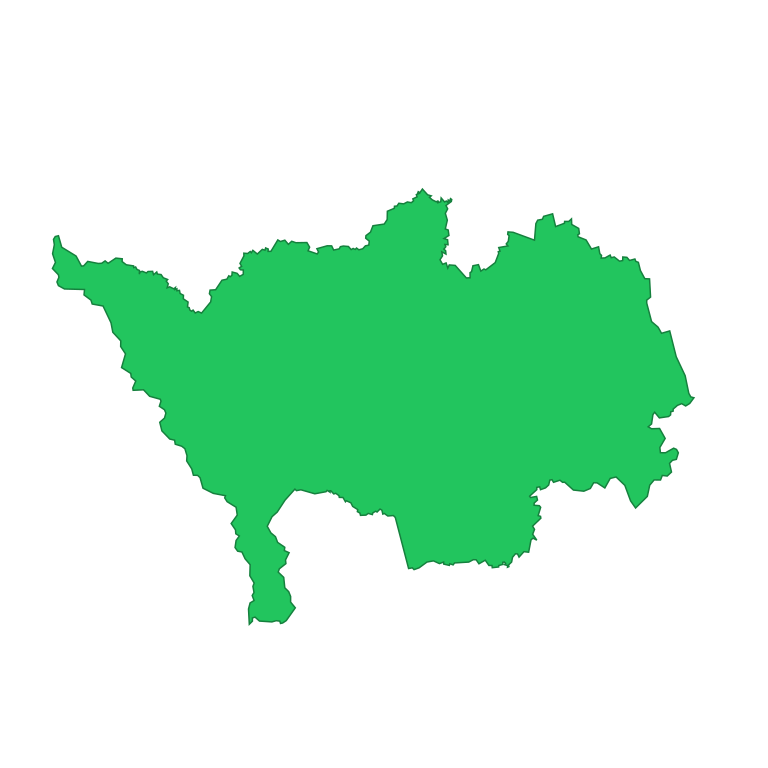 Huai Yot, Trang, Thailand (Albers equal-area conic projection), rotated 168°
{"feature_id": "78962969B54488452023810", "entity_name": "Huai Yot", "entity_type": "district", "adm_level": 2, "iso_a3": "THA", "parent_name": "Thailand", "parent_adm1": "Trang", "projection": "albers", "projection_center": [99.605, 7.79], "detail": "fine", "context": "isolated", "style": "filled", "palette": "green", "viewbox_px": 768, "rotation_deg": 168, "n_neighbors": 0, "source": "geoboundaries", "source_scale": "gbopen_adm2", "svg_char_len": 6150}
<svg xmlns="http://www.w3.org/2000/svg" viewBox="0 0 768 768"><g transform="rotate(168 384 384)"><path d="M110.4,255.5L111.5,259.2L114.0,261.0L123.0,258.2L127.9,259.3L127.4,264.5L120.3,272.3L123.7,283.2L131.6,284.6L134.5,287.2L130.6,289.3L127.3,298.2L125.1,300.1L121.7,293.6L112.4,293.0L110.1,294.2L109.3,297.2L106.9,297.3L106.3,299.4L101.4,302.1L96.9,302.9L93.5,299.8L89.0,301.4L83.7,306.1L86.6,307.6L87.8,311.5L87.7,329.5L92.5,349.9L93.5,376.5L102.0,375.9L104.1,382.6L109.3,389.4L110.2,408.5L109.6,411.4L105.2,413.6L102.4,431.6L107.0,432.8L109.6,441.7L109.9,450.1L112.2,451.6L112.6,454.1L118.1,453.8L120.1,457.4L124.0,458.6L124.9,455.1L128.1,455.2L132.4,460.4L135.5,460.3L136.0,463.1L141.6,461.4L145.4,462.0L144.5,464.6L145.8,466.6L145.6,473.6L153.0,472.9L156.4,482.9L163.6,487.7L163.4,489.7L161.6,490.3L161.2,495.7L167.2,501.0L166.3,506.5L169.5,504.6L173.5,505.5L174.1,503.7L183.4,502.3L183.7,515.4L193.0,514.8L194.8,512.2L199.6,512.3L202.1,509.3L206.9,493.4L226.1,505.5L231.1,507.0L231.9,504.6L230.8,503.1L232.8,497.7L235.3,495.6L234.1,493.3L243.4,493.6L242.9,489.8L244.7,489.7L244.7,487.8L250.0,479.6L260.7,474.5L262.3,475.7L265.8,474.3L266.8,481.1L272.4,481.2L275.0,475.7L276.7,475.0L277.7,470.0L281.4,470.6L289.7,485.2L295.4,486.9L297.5,484.1L298.1,489.5L301.8,488.9L303.4,493.9L300.1,497.2L300.0,501.3L296.4,498.2L296.0,501.5L297.4,503.5L295.0,505.4L295.4,507.8L292.4,506.9L291.8,511.9L295.1,513.8L289.6,515.8L289.2,521.3L291.8,522.9L288.0,531.1L288.5,538.2L285.3,542.1L286.3,545.7L280.2,548.5L279.4,550.4L280.4,551.5L281.8,549.2L282.9,550.6L283.7,548.4L285.0,550.0L286.9,549.5L289.4,554.1L290.6,550.5L294.4,550.0L292.8,550.7L293.2,551.8L295.1,551.4L298.5,554.1L300.7,557.1L298.7,558.2L302.0,560.0L305.9,566.7L309.1,563.7L310.5,565.0L311.4,563.6L310.5,563.0L313.0,562.5L312.7,560.2L317.3,559.1L317.0,557.0L319.6,555.7L323.3,557.2L327.3,556.1L331.9,557.7L334.3,555.4L336.8,555.7L337.4,553.7L344.8,552.3L346.7,544.2L350.5,540.4L361.9,541.1L365.7,535.3L370.8,532.9L371.6,530.4L368.7,526.8L370.0,523.0L373.5,523.0L376.7,520.7L380.7,520.5L382.6,522.7L384.2,521.6L386.0,523.0L388.2,522.3L390.2,525.9L395.1,527.4L398.1,527.4L399.7,525.5L405.4,525.5L406.5,530.0L410.8,531.0L421.5,530.3L420.6,526.7L422.3,525.1L430.6,530.1L428.3,533.3L430.0,538.4L440.8,540.5L444.6,542.8L448.5,540.5L451.1,545.3L455.7,544.9L457.9,547.0L467.0,537.3L469.8,537.8L469.2,540.1L471.5,541.7L472.6,539.6L475.0,541.0L480.9,537.5L484.5,542.0L486.5,540.0L487.3,541.4L490.2,540.0L493.9,541.1L494.4,538.4L499.8,531.9L498.8,528.7L501.6,527.6L500.7,525.6L497.9,524.7L498.9,520.5L502.8,519.3L504.7,522.8L509.2,525.1L510.2,521.9L512.1,520.9L513.3,522.1L515.9,519.2L520.9,519.2L529.1,511.2L534.6,512.0L536.0,508.6L534.5,505.3L536.5,500.3L547.7,491.3L550.7,493.5L553.9,492.7L555.4,496.0L557.1,495.2L558.5,496.7L558.7,499.2L560.2,500.2L558.6,504.9L562.6,509.1L561.7,512.5L564.6,514.9L564.6,518.1L567.2,518.3L566.8,520.2L568.8,519.9L568.0,521.7L569.8,520.8L573.4,523.6L576.1,523.2L574.2,526.9L575.6,529.9L573.9,531.2L577.8,533.8L579.3,537.4L582.8,538.6L583.0,540.8L586.7,538.8L586.9,542.3L591.5,543.1L593.3,542.0L597.0,544.5L599.3,544.3L600.5,542.3L599.6,545.9L601.8,547.4L602.6,550.1L604.6,549.9L604.4,551.6L611.3,554.2L614.7,558.2L614.0,560.9L620.1,562.9L628.8,559.4L631.2,562.4L635.0,560.8L638.4,561.3L648.3,565.5L653.2,562.0L655.4,562.2L658.6,573.2L670.8,584.8L671.6,596.7L674.9,596.6L677.2,594.2L677.5,588.8L681.1,580.3L680.1,571.2L684.3,565.9L679.8,558.6L679.8,556.0L682.7,551.8L682.0,547.9L676.8,543.4L657.3,538.7L658.9,533.5L653.2,527.0L652.8,522.9L642.6,518.7L638.3,500.7L638.5,491.0L632.5,480.9L633.8,475.4L630.6,467.2L637.3,454.6L629.5,447.0L629.8,443.4L626.2,438.5L630.6,432.3L630.7,430.0L620.4,428.3L615.8,420.7L606.0,415.6L605.7,413.6L608.4,408.9L604.1,404.5L603.4,400.9L605.8,396.3L611.3,393.2L611.0,384.3L605.0,374.7L600.5,372.6L600.7,368.5L594.8,365.2L592.2,362.1L591.6,354.8L593.0,349.8L589.7,340.9L589.4,334.4L585.3,333.4L583.4,330.6L582.7,319.7L573.7,312.5L562.3,307.7L563.5,305.7L561.9,301.5L554.3,294.2L554.8,286.3L562.5,279.3L559.6,272.2L560.1,268.3L557.1,265.4L561.2,261.7L563.7,255.0L561.9,250.9L557.9,249.2L556.2,241.9L552.5,235.1L555.1,224.3L552.4,216.3L554.3,213.3L554.5,207.1L556.9,204.5L556.1,199.2L560.5,197.7L563.3,192.1L565.7,177.0L562.0,179.4L561.4,182.5L558.6,182.8L555.1,178.0L543.1,174.6L538.7,174.9L535.2,173.7L535.0,171.3L532.8,171.3L528.8,172.9L517.3,183.5L520.7,190.1L519.5,195.6L520.4,200.7L523.4,205.3L522.3,215.7L526.6,222.0L524.8,225.0L517.3,228.7L516.9,232.4L511.9,238.7L516.1,241.8L515.0,244.9L521.0,251.2L521.9,257.2L525.6,261.9L527.8,269.1L521.1,277.5L515.1,280.9L504.9,291.0L493.0,299.7L491.8,297.9L487.3,297.8L474.5,291.0L463.1,290.7L461.8,291.8L459.4,289.5L459.5,290.8L458.3,290.7L456.0,286.9L453.9,287.1L451.3,284.2L451.3,282.4L447.7,281.5L446.2,276.8L445.1,277.6L441.1,274.7L440.1,270.8L435.8,266.6L436.6,264.7L434.4,262.8L434.3,260.4L428.9,259.5L426.4,260.7L422.5,258.7L421.8,260.2L418.7,261.3L417.4,260.2L413.9,262.5L412.3,261.0L412.2,257.0L410.6,257.3L407.7,254.1L402.2,253.4L400.7,251.1L398.3,198.4L394.5,198.3L393.2,196.2L387.9,196.9L379.0,200.9L372.4,200.7L367.1,196.8L362.7,197.4L363.0,195.4L357.8,193.0L357.0,194.5L354.0,192.7L352.2,194.3L338.1,192.2L333.2,193.6L330.4,192.9L328.5,188.4L321.6,190.6L319.1,184.7L316.1,184.0L316.3,181.8L309.9,181.2L309.5,182.6L305.2,182.8L304.9,184.9L303.4,184.9L302.3,183.3L303.6,182.2L300.8,180.7L301.3,179.1L299.8,179.4L299.8,181.1L296.2,183.3L294.3,187.8L290.7,190.6L288.7,190.0L287.9,186.6L282.0,190.9L277.5,189.4L272.6,201.0L270.3,202.2L267.0,199.5L269.8,206.1L267.0,210.5L268.2,214.1L258.5,220.1L258.4,222.0L260.6,223.2L256.4,230.8L257.4,232.7L262.4,234.2L261.9,236.3L258.0,238.6L258.1,242.3L264.3,242.5L264.9,244.0L256.5,248.9L256.1,251.1L253.1,251.1L252.9,248.1L247.6,248.8L243.9,251.0L241.8,255.5L239.6,255.5L238.6,252.6L231.9,253.3L229.8,250.7L227.7,250.4L220.8,240.9L210.8,237.6L203.9,238.9L199.5,243.8L196.1,243.0L189.6,236.4L182.4,244.6L176.3,244.8L169.5,234.8L167.1,218.4L163.7,210.4L149.8,219.3L145.1,229.8L139.7,234.0L133.5,232.6L130.8,236.7L126.1,235.1L121.1,238.1L121.2,247.0L117.7,249.4L113.7,249.5L110.4,255.5Z" fill="#22c55e" stroke="#15803d" stroke-width="1.5"/></g></svg>